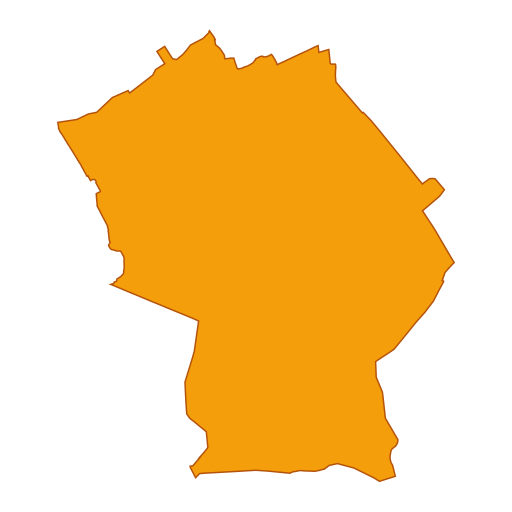 Nunspeet, Gelderland, Netherlands (Albers equal-area conic projection)
{"feature_id": "6326949B93829064241629", "entity_name": "Nunspeet", "entity_type": "district", "adm_level": 2, "iso_a3": "NLD", "parent_name": "Netherlands", "parent_adm1": "Gelderland", "projection": "albers", "projection_center": [5.765, 52.337], "detail": "fine", "context": "isolated", "style": "filled", "palette": "amber", "viewbox_px": 512, "rotation_deg": 0, "n_neighbors": 0, "source": "geoboundaries", "source_scale": "gbopen_adm2", "svg_char_len": 5615}
<svg xmlns="http://www.w3.org/2000/svg" viewBox="0 0 512 512"><path d="M395.3,476.3L392.7,465.6L392.2,464.6L391.0,462.5L390.2,459.4L390.0,458.2L390.1,455.7L390.6,453.0L390.9,451.2L391.0,450.7L391.3,450.2L391.6,449.6L392.0,449.1L392.3,448.7L393.6,447.7L394.2,447.1L395.4,446.3L395.8,445.9L396.1,445.2L396.6,444.6L397.6,442.5L397.7,442.0L397.9,439.7L395.9,436.2L394.7,434.2L385.5,418.5L385.4,418.3L385.4,418.0L385.0,414.9L383.1,397.8L382.4,392.1L377.7,380.8L376.2,377.1L375.7,363.7L375.6,361.6L379.1,359.2L391.8,350.8L394.2,349.1L394.3,349.0L395.5,347.5L408.0,332.2L415.5,322.9L417.9,320.1L425.4,311.7L427.0,309.4L433.3,301.3L437.2,293.8L438.5,291.2L443.6,281.6L443.6,281.4L443.5,281.2L443.4,281.0L442.6,280.3L442.3,280.4L444.9,272.8L445.3,272.1L446.2,271.1L452.1,264.6L454.2,262.6L450.5,256.5L434.2,228.6L428.1,219.4L422.5,210.8L439.0,196.7L439.8,195.9L441.4,193.8L442.3,192.6L444.4,189.7L437.4,181.5L436.7,180.6L434.9,178.7L432.3,178.5L429.5,178.7L424.0,182.7L422.4,184.0L417.3,177.8L399.8,155.8L390.4,144.2L380.7,132.2L371.1,120.6L363.2,112.4L362.3,112.9L336.9,83.2L336.6,82.7L336.0,81.9L335.9,81.5L335.6,78.4L335.4,76.3L335.4,75.2L335.4,74.6L335.5,71.6L335.8,67.2L335.7,65.3L335.5,64.4L335.4,64.2L335.2,64.1L331.1,64.1L330.6,63.7L330.2,63.2L328.8,49.5L323.9,50.9L323.8,51.0L318.8,52.4L318.5,49.2L318.1,45.6L315.0,46.9L306.6,51.0L302.3,52.9L301.7,53.3L301.7,53.2L300.4,53.8L294.0,56.8L292.0,57.7L291.7,58.0L291.4,58.0L287.8,59.7L283.8,61.7L280.5,63.1L277.9,64.3L277.1,64.7L276.8,63.9L276.5,62.5L276.4,62.1L276.2,61.9L275.8,61.5L275.6,61.1L275.1,60.1L274.9,59.4L274.1,58.5L273.5,57.2L272.6,55.8L271.8,54.8L271.2,54.5L271.1,54.4L269.3,55.6L268.1,56.1L267.6,56.4L266.8,56.5L265.6,56.8L264.2,56.9L263.6,56.9L263.2,56.8L262.7,56.2L261.1,56.3L259.8,56.7L259.2,57.0L255.6,58.9L255.4,59.2L255.5,59.9L255.4,60.1L254.4,61.0L253.7,61.9L253.1,62.5L252.6,63.1L252.0,63.5L247.7,66.0L247.0,66.2L243.7,67.3L243.8,67.4L242.4,68.1L240.1,68.6L237.9,69.0L237.2,68.1L236.8,67.5L236.6,66.9L234.9,61.9L233.9,58.4L233.8,58.1L232.3,58.2L230.2,58.1L228.6,58.5L224.8,58.7L224.4,55.4L224.2,55.0L223.4,53.6L221.0,50.0L220.2,48.9L219.7,48.3L219.2,47.8L218.3,47.1L217.3,46.1L216.4,45.5L215.5,44.8L215.5,44.1L215.2,42.8L215.1,41.9L214.9,41.2L214.8,40.8L214.6,40.4L214.9,40.3L215.1,40.1L215.3,39.8L215.3,39.6L215.2,39.4L214.8,39.4L214.7,39.3L214.7,39.2L214.9,38.9L214.5,38.4L214.3,37.9L214.1,37.7L213.9,37.4L214.0,37.1L213.8,36.7L213.3,36.2L213.0,35.9L212.9,35.8L212.8,35.2L212.2,34.6L211.9,34.3L211.8,34.1L209.5,30.7L209.1,31.1L208.9,32.6L203.2,38.4L190.5,45.0L186.7,50.0L182.7,54.6L176.5,59.6L172.5,58.7L164.7,46.4L156.9,51.4L164.8,63.7L155.6,69.6L152.8,75.1L129.7,93.0L128.1,90.6L112.4,97.5L96.7,112.3L88.3,114.0L76.8,119.5L57.8,122.4L58.4,126.2L58.5,126.5L58.5,127.2L58.6,128.4L58.8,129.0L59.1,129.6L59.5,130.5L59.9,131.0L59.9,131.5L60.2,132.0L60.7,132.7L61.0,133.0L61.5,133.8L62.0,134.5L62.5,135.1L62.9,136.1L64.1,137.5L64.3,138.2L64.4,138.6L64.8,139.1L65.2,139.6L65.3,139.9L67.0,142.6L67.6,143.7L68.1,144.4L69.5,146.6L74.4,154.4L75.7,156.7L76.1,157.2L76.4,157.7L76.5,158.0L77.2,158.9L77.3,159.2L77.5,159.9L77.9,160.4L78.0,160.4L78.2,160.5L78.4,160.7L78.6,161.1L79.0,162.0L79.5,163.0L80.0,163.4L80.4,164.2L81.2,165.5L81.6,166.6L82.1,167.3L82.4,167.9L83.2,169.2L83.5,170.0L85.9,174.2L86.3,175.1L86.9,176.2L87.1,176.3L87.3,176.2L87.7,175.9L87.8,175.9L88.0,175.9L89.4,178.6L90.5,180.6L91.8,179.8L92.3,179.7L93.4,179.4L93.9,179.4L94.4,179.5L95.1,179.9L95.5,180.5L95.9,181.1L96.1,181.6L96.1,181.9L95.9,182.6L96.0,183.0L96.9,184.6L98.9,188.3L99.4,189.3L99.5,189.5L100.0,189.9L100.1,190.0L100.3,190.7L100.4,191.1L100.4,191.4L100.2,191.7L99.0,192.3L96.5,193.5L96.4,193.6L96.2,194.0L96.3,194.3L96.2,194.7L96.3,195.1L96.7,195.5L96.4,196.1L96.4,196.4L96.4,196.7L97.1,203.7L97.2,205.0L97.1,205.4L97.1,205.8L97.3,206.3L100.1,211.6L101.5,214.5L106.8,224.5L107.7,226.3L107.5,226.8L107.5,227.1L107.7,227.7L108.2,228.8L108.3,229.0L108.2,229.5L108.5,230.1L108.4,230.7L108.3,230.9L108.1,231.1L108.1,231.3L108.2,231.8L108.6,232.6L108.6,233.6L108.5,234.2L108.6,234.5L108.8,235.3L108.8,235.5L108.9,237.4L109.1,238.6L109.3,240.1L109.7,241.5L110.0,241.8L110.1,242.3L110.0,242.6L109.9,242.9L109.5,243.3L109.3,243.7L108.6,245.4L108.6,245.6L109.7,247.7L110.9,249.2L111.3,249.4L111.7,249.6L113.6,250.0L115.1,250.4L116.1,250.9L117.2,251.0L119.0,251.0L120.1,251.1L120.3,251.2L120.6,251.4L120.8,251.5L121.2,252.0L121.8,253.1L123.9,257.1L124.1,258.7L124.1,259.4L124.0,260.9L124.0,261.3L124.2,266.9L124.2,268.1L123.8,270.3L123.5,273.5L123.4,273.7L123.2,274.0L121.2,276.1L119.4,277.5L118.5,278.1L117.1,278.8L117.0,279.0L116.9,279.2L116.8,280.2L116.7,280.5L116.6,280.9L116.4,281.1L116.0,281.5L114.7,281.8L114.3,282.1L114.1,282.3L113.8,283.5L113.6,283.7L113.2,283.9L112.3,283.9L111.8,284.0L110.7,284.4L111.2,284.6L151.3,301.3L188.0,316.4L194.5,319.1L198.6,321.0L194.3,351.3L192.2,358.7L190.7,363.5L190.2,365.2L186.9,375.9L185.0,382.1L185.4,391.5L185.7,397.2L185.8,399.6L185.9,401.7L186.7,413.7L186.8,413.7L187.8,415.5L189.1,417.3L189.2,417.6L189.3,417.8L189.9,418.4L193.0,420.8L206.3,431.7L206.6,434.6L207.7,446.2L207.8,446.5L207.9,446.9L207.9,447.2L207.7,447.6L206.2,449.7L204.3,452.1L199.4,457.6L199.8,457.6L192.9,465.8L190.2,466.2L190.3,466.4L190.2,467.2L195.6,477.7L199.6,473.6L203.9,473.2L234.8,471.5L254.8,470.3L256.2,470.3L267.0,471.0L290.0,473.2L292.8,471.8L295.1,471.5L297.1,471.1L298.7,470.7L299.8,470.6L301.0,470.6L306.3,471.0L308.9,471.0L314.7,471.3L319.3,470.4L321.2,469.9L322.4,469.5L324.4,469.1L329.2,465.4L337.5,463.6L353.9,468.0L364.9,473.4L374.0,477.9L375.6,478.9L379.4,481.3L385.4,479.4L395.3,476.3Z" fill="#f59e0b" stroke="#b45309" stroke-width="1.5"/></svg>